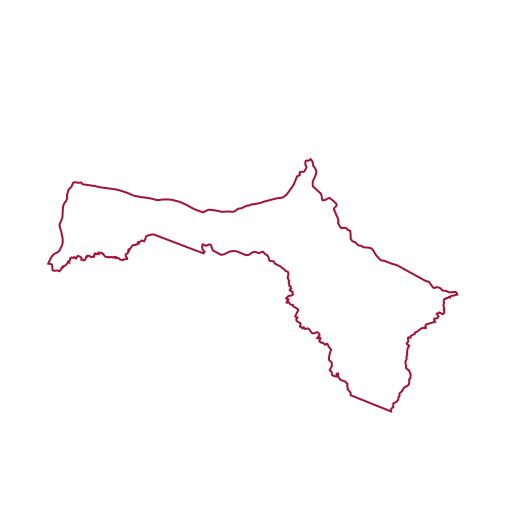 outline of Mera, Pastaza, Ecuador, rotated 119°
{"feature_id": "8360857B12620262069407", "entity_name": "Mera", "entity_type": "district", "adm_level": 2, "iso_a3": "ECU", "parent_name": "Ecuador", "parent_adm1": "Pastaza", "projection": "orthographic", "projection_center": [-78.038, -1.449], "detail": "fine", "context": "isolated", "style": "outline", "palette": "rose", "viewbox_px": 512, "rotation_deg": 119, "n_neighbors": 0, "source": "geoboundaries", "source_scale": "gbopen_adm2", "svg_char_len": 6053}
<svg xmlns="http://www.w3.org/2000/svg" viewBox="0 0 512 512"><g transform="rotate(119 256 256)"><path d="M145.3,253.7L144.9,255.3L146.3,255.6L147.4,256.7L147.9,258.0L148.7,258.6L150.1,258.3L152.3,257.0L153.7,255.0L154.4,254.7L157.9,254.7L158.9,254.9L159.7,255.8L160.9,258.0L161.5,258.3L162.3,258.2L163.6,257.0L164.3,257.1L166.5,258.7L175.3,257.6L187.2,258.9L190.1,260.1L192.3,261.4L195.3,265.6L204.5,275.3L207.7,278.1L211.8,283.0L212.6,284.5L215.4,286.8L216.7,288.7L221.1,291.7L223.4,294.6L227.4,296.4L228.8,298.0L230.4,301.7L233.8,307.0L235.5,312.7L237.8,318.4L238.7,320.1L241.3,322.0L243.3,323.1L244.6,329.8L245.0,333.7L245.0,341.5L245.6,348.9L247.6,356.8L249.4,360.8L252.2,365.6L254.4,368.3L255.5,371.1L256.4,375.0L258.9,381.9L259.9,384.2L262.5,392.0L263.1,398.7L264.6,406.8L265.9,411.4L271.7,426.3L272.8,430.5L277.3,442.4L276.5,444.8L278.1,446.8L279.2,450.1L280.1,451.0L281.1,451.5L282.2,451.2L285.1,451.1L288.1,451.9L289.4,452.0L294.6,450.8L297.0,449.1L299.8,448.8L302.3,449.2L305.2,449.0L308.2,447.9L315.7,444.2L317.2,443.8L323.8,443.1L325.8,441.6L329.1,438.2L334.6,433.5L338.0,431.5L340.8,430.8L347.1,430.5L349.5,431.7L351.5,433.2L354.1,434.2L357.9,434.4L363.4,434.0L362.4,431.1L362.4,430.5L363.8,429.1L367.0,427.2L367.1,426.9L367.1,426.0L364.8,422.4L364.7,420.6L361.5,419.8L360.6,420.4L360.1,420.3L359.3,419.2L358.6,419.7L356.3,417.9L353.1,417.4L352.2,417.6L352.3,416.3L351.5,417.0L349.3,416.6L349.0,417.0L347.8,417.4L346.6,416.5L346.4,415.2L345.1,414.4L345.6,412.7L345.5,412.1L343.3,412.2L342.2,411.7L341.8,409.1L342.3,408.6L342.6,407.3L343.8,406.8L343.4,406.5L343.3,404.3L342.4,403.8L341.0,403.7L339.2,404.1L338.4,403.2L337.7,403.7L336.7,402.0L336.9,399.4L335.6,398.4L335.2,397.3L334.1,398.0L332.9,397.7L332.3,398.2L331.9,398.1L331.5,397.5L331.9,396.6L331.1,396.0L330.6,394.4L329.3,395.2L329.2,394.5L328.6,394.0L328.1,391.6L328.6,391.2L328.3,390.5L329.5,388.3L329.5,386.7L328.9,385.1L328.3,384.6L328.3,383.4L327.1,382.5L326.9,380.7L325.9,380.3L326.0,378.4L325.0,378.6L324.9,378.4L324.8,377.8L325.3,376.6L324.4,375.2L325.0,373.2L324.5,370.9L324.0,370.3L323.0,370.0L321.5,367.6L321.0,367.2L320.4,367.5L319.3,369.9L318.0,370.6L316.7,370.3L316.4,369.9L315.4,369.5L314.5,369.9L313.2,369.5L312.8,370.4L312.2,369.9L311.7,370.4L310.3,369.5L307.0,369.2L306.0,368.7L305.1,367.1L303.8,366.3L303.6,365.6L302.8,365.5L302.1,364.7L301.6,365.9L301.3,366.0L299.6,364.1L297.7,363.4L297.4,361.0L294.5,361.0L293.3,361.5L292.2,361.6L291.0,361.0L287.6,357.4L286.7,355.5L279.2,303.2L277.2,303.0L277.0,304.4L275.0,307.0L273.5,307.9L271.6,308.2L271.3,304.6L268.8,302.8L268.0,301.1L272.0,296.5L271.9,287.0L269.8,284.6L264.9,281.2L262.9,278.7L261.3,275.3L260.2,265.8L259.3,263.7L258.4,262.8L254.6,260.9L253.5,259.8L252.7,258.7L252.2,255.0L249.6,252.8L248.9,251.5L249.9,249.2L249.9,246.6L250.6,245.0L253.6,241.9L252.7,239.8L252.2,237.9L253.5,235.6L253.3,229.1L253.9,227.0L253.9,224.8L254.8,222.7L254.4,220.8L254.7,219.9L256.2,218.8L259.8,217.7L262.0,214.6L263.3,214.7L264.8,213.0L266.1,212.3L265.8,211.2L267.2,209.5L268.7,210.2L269.3,210.1L269.8,209.6L269.4,208.2L269.9,207.5L269.7,206.5L271.0,205.9L271.5,205.2L272.4,205.2L273.2,205.7L275.2,208.2L278.4,209.1L278.6,208.6L278.2,207.2L278.3,206.6L280.2,206.9L281.9,206.6L281.7,206.1L280.6,205.8L280.4,205.4L281.8,202.4L280.9,200.0L281.9,199.0L282.2,193.4L283.0,192.8L289.7,192.5L290.0,191.9L289.8,189.9L292.0,190.0L292.9,189.3L293.3,187.8L293.3,184.8L294.1,183.9L296.4,183.4L296.1,182.3L296.8,180.3L295.2,179.7L296.0,178.2L295.9,177.4L294.5,176.1L294.2,175.5L294.4,173.8L296.2,169.9L296.2,169.1L295.9,168.2L293.0,165.7L292.9,165.1L293.4,163.2L294.3,162.1L298.1,162.6L297.8,161.8L296.4,160.4L296.7,159.6L299.5,159.5L299.9,159.2L300.2,157.2L300.1,156.5L299.3,155.6L300.1,152.8L299.8,152.1L298.4,151.7L298.4,150.8L300.2,148.1L301.4,145.1L301.8,144.8L305.8,144.2L310.7,142.4L311.7,141.3L312.3,138.6L313.4,137.5L315.4,136.3L319.7,136.3L320.2,136.0L320.7,133.7L323.2,131.7L323.3,130.0L322.5,127.2L321.8,127.2L320.3,128.3L319.6,128.1L319.0,127.3L321.5,125.8L323.4,122.3L322.6,117.4L323.4,114.1L323.8,113.8L325.7,113.2L326.5,112.0L328.1,111.3L329.8,106.9L331.9,105.7L326.5,62.6L325.9,63.1L324.0,63.6L321.4,62.7L321.0,63.2L318.2,64.4L315.6,62.5L313.4,62.0L312.3,62.0L310.6,62.9L308.9,62.6L307.1,63.8L306.1,63.7L303.2,62.7L300.2,62.8L298.0,62.1L297.2,61.1L294.3,60.0L291.5,61.0L289.7,62.3L288.5,61.8L287.5,61.8L286.2,62.8L284.9,63.0L281.6,67.1L281.9,68.6L281.1,70.6L279.0,71.5L278.0,72.8L276.5,73.7L275.0,74.3L272.9,74.3L271.6,75.4L268.3,76.1L267.6,77.0L263.5,78.5L262.0,78.7L260.4,78.4L260.0,79.1L259.9,81.2L259.4,81.9L257.2,81.4L255.3,82.3L254.8,83.1L253.6,83.4L253.2,83.2L252.7,81.4L252.3,81.2L251.0,81.9L248.2,80.2L247.6,79.5L246.8,79.4L245.6,79.8L244.8,78.8L239.4,76.4L238.1,75.5L236.8,72.5L236.3,72.7L235.4,73.9L233.2,74.0L232.7,73.1L231.2,72.0L226.8,67.4L225.5,69.3L224.2,69.7L223.5,68.3L222.3,67.2L220.3,67.1L219.1,69.9L218.8,69.9L216.3,68.0L216.6,67.3L216.3,66.4L216.5,64.8L215.9,64.1L214.2,63.9L212.8,64.7L212.1,65.8L211.4,65.6L210.8,65.8L208.5,68.1L205.8,68.8L204.9,69.8L202.4,70.4L202.1,69.8L201.6,69.8L200.7,68.9L200.2,68.8L199.7,68.0L198.3,67.6L198.2,66.1L197.0,66.3L195.7,65.4L194.6,63.6L193.4,62.9L192.2,61.2L191.9,61.5L190.8,62.8L190.8,64.4L193.7,68.5L194.3,70.0L194.4,73.0L195.7,75.9L195.6,77.1L194.9,78.4L194.8,80.4L195.7,82.9L197.6,84.6L197.8,85.7L194.9,92.1L194.8,92.9L195.4,94.5L195.6,96.5L195.7,128.4L196.9,133.4L198.1,141.9L199.0,143.8L199.0,145.7L197.2,151.2L193.9,156.9L193.5,158.6L193.6,159.9L194.3,162.0L196.1,165.9L196.3,167.9L196.0,168.8L197.0,171.3L196.8,173.4L195.9,175.0L196.3,179.1L194.8,181.9L192.9,182.7L189.0,185.2L188.3,185.9L188.7,187.9L187.9,190.9L188.8,193.0L189.8,193.9L190.2,195.2L189.4,197.2L187.4,200.4L185.5,200.7L182.5,203.6L181.2,205.8L178.6,208.7L177.9,210.1L177.3,210.6L176.1,210.8L174.0,210.1L172.8,210.1L171.8,210.4L171.4,211.1L170.4,214.7L169.6,219.6L169.9,220.3L174.2,223.3L174.9,225.1L170.9,228.4L170.0,229.5L167.6,239.8L166.1,241.1L163.1,242.5L155.3,243.2L152.3,244.5L150.2,247.6L149.5,249.5L146.6,251.8L145.3,253.7Z" fill="none" stroke="#9f1239" stroke-width="2"/></g></svg>